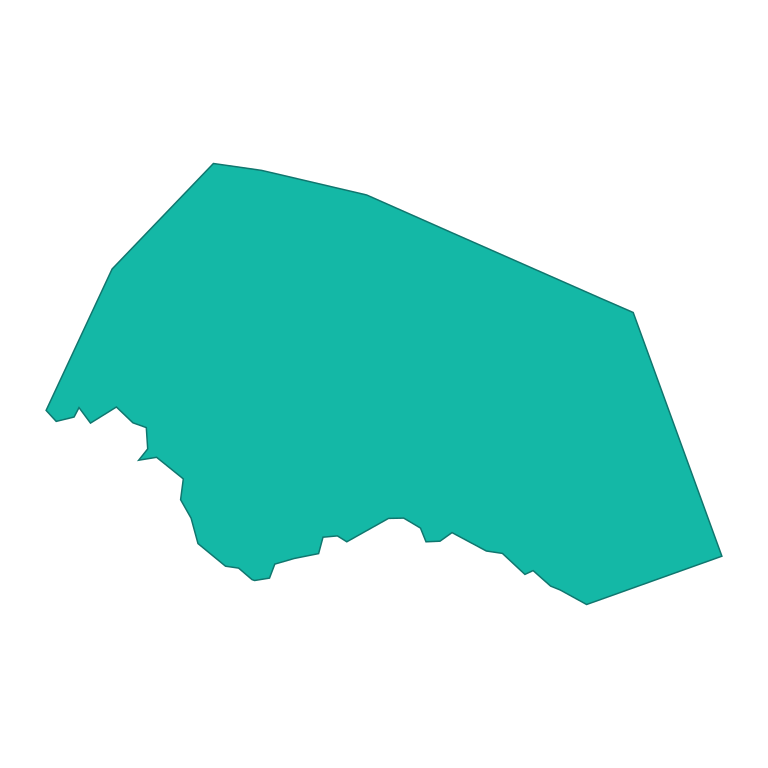 outline of Williamson, Texas, United States of America
{"feature_id": "52423323B40503008253426", "entity_name": "Williamson", "entity_type": "district", "adm_level": 2, "iso_a3": "USA", "parent_name": "United States of America", "parent_adm1": "Texas", "projection": "orthographic", "projection_center": [-97.689, 30.655], "detail": "fine", "context": "isolated", "style": "filled", "palette": "teal", "viewbox_px": 768, "rotation_deg": 0, "n_neighbors": 0, "source": "geoboundaries", "source_scale": "gbopen_adm2", "svg_char_len": 703}
<svg xmlns="http://www.w3.org/2000/svg" viewBox="0 0 768 768"><path d="M586.6,604.5L721.9,556.2L633.2,312.5L599.9,298.0L450.9,232.3L366.7,195.0L261.7,170.4L213.4,163.5L112.1,269.0L46.1,410.4L56.2,421.4L74.1,417.0L79.0,407.6L90.5,423.1L116.4,407.0L132.9,422.8L146.3,427.6L147.7,448.9L138.7,460.2L156.6,457.3L183.3,478.9L180.6,499.7L191.1,518.2L198.0,543.6L225.5,566.2L238.6,568.1L252.0,579.6L254.6,580.5L269.5,578.1L274.8,564.1L294.1,558.5L318.6,553.6L323.0,537.2L337.4,535.9L346.8,541.8L388.5,518.4L403.7,518.1L420.5,528.1L426.0,541.8L440.0,541.2L452.0,532.6L486.3,551.0L502.4,553.4L524.9,574.4L533.1,570.6L550.6,586.1L560.0,589.9L586.6,604.5Z" fill="#14b8a6" stroke="#0f766e" stroke-width="1.5"/></svg>